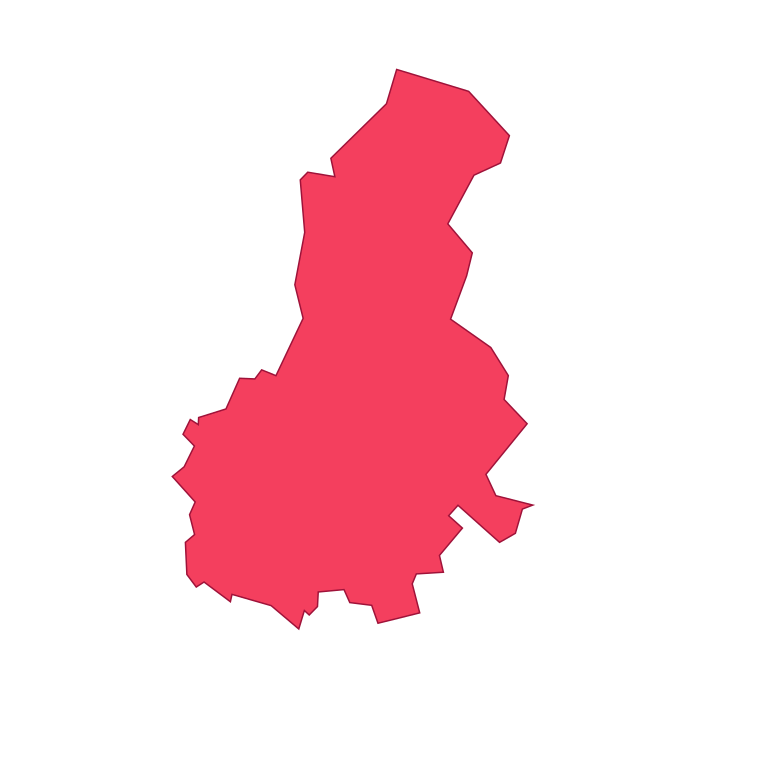 Krivogashtani, Krivogaštani, North Macedonia, rotated 41°
{"feature_id": "65306769B57810703972123", "entity_name": "Krivogashtani", "entity_type": "district", "adm_level": 2, "iso_a3": "MKD", "parent_name": "North Macedonia", "parent_adm1": "Krivogaštani", "projection": "robinson", "projection_center": [21.369, 41.324], "detail": "fine", "context": "isolated", "style": "filled", "palette": "rose", "viewbox_px": 768, "rotation_deg": 41, "n_neighbors": 0, "source": "geoboundaries", "source_scale": "gbopen_adm2", "svg_char_len": 974}
<svg xmlns="http://www.w3.org/2000/svg" viewBox="0 0 768 768"><g transform="rotate(41 384 384)"><path d="M187.2,138.3L202.0,170.9L195.8,248.5L210.9,259.8L187.5,274.2L186.9,284.9L224.7,321.6L251.6,367.6L279.9,387.5L297.0,448.6L282.4,453.6L283.2,464.9L271.3,474.4L281.1,506.5L266.1,530.9L270.5,536.5L261.1,537.9L265.3,553.8L281.6,555.2L287.5,577.6L284.9,592.7L318.9,596.9L323.0,610.2L339.8,621.9L338.0,633.8L360.2,657.1L375.5,660.4L378.1,651.5L410.9,649.1L407.3,642.5L444.2,625.3L480.4,624.8L472.5,607.2L479.1,607.4L479.8,595.6L470.8,584.1L488.7,565.4L501.6,571.4L519.9,559.1L536.4,568.5L561.1,533.3L536.4,516.3L533.0,506.1L552.3,487.1L538.3,477.0L537.7,441.3L519.2,441.0L519.4,427.0L575.1,427.7L581.1,410.5L570.5,387.6L575.7,377.8L541.7,394.9L520.2,385.3L518.1,320.1L484.8,316.9L472.3,296.1L440.7,286.4L391.7,291.4L375.4,248.2L364.6,227.1L327.1,221.3L314.9,167.4L326.9,140.8L315.7,114.3L255.9,107.6L187.2,138.3Z" fill="#f43f5e" stroke="#9f1239" stroke-width="1.5"/></g></svg>